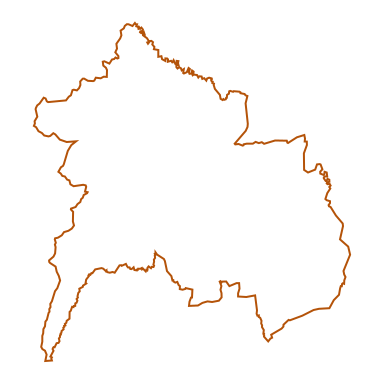 Ron Phibun, Nakhon Si Thammarat, Thailand
{"feature_id": "78962969B70310108322662", "entity_name": "Ron Phibun", "entity_type": "district", "adm_level": 2, "iso_a3": "THA", "parent_name": "Thailand", "parent_adm1": "Nakhon Si Thammarat", "projection": "natural_earth1", "projection_center": [99.867, 8.196], "detail": "fine", "context": "isolated", "style": "outline", "palette": "amber", "viewbox_px": 384, "rotation_deg": 0, "n_neighbors": 0, "source": "geoboundaries", "source_scale": "gbopen_adm2", "svg_char_len": 5816}
<svg xmlns="http://www.w3.org/2000/svg" viewBox="0 0 384 384"><path d="M344.1,283.8L344.3,280.3L345.5,277.0L344.2,274.5L343.5,271.0L350.1,254.7L348.2,246.6L340.0,239.4L343.0,226.1L342.7,223.5L335.9,215.5L330.6,207.0L329.0,206.3L328.6,205.1L330.0,203.1L330.0,201.2L326.7,200.2L325.4,199.0L327.3,193.1L330.3,188.5L329.3,187.0L330.6,185.6L329.7,184.0L327.6,184.2L326.7,183.4L327.1,182.4L329.4,181.8L329.3,179.7L327.5,178.9L326.6,180.9L325.7,181.0L323.8,178.3L323.8,177.4L324.9,176.4L327.2,176.5L326.7,172.5L324.6,171.8L324.3,174.1L323.5,174.9L320.3,173.6L320.2,171.7L322.4,169.3L320.6,164.5L319.7,164.1L317.0,164.4L315.2,169.6L308.0,172.5L304.1,169.9L303.9,153.3L306.9,145.0L306.8,141.6L304.7,141.5L305.0,138.5L304.3,135.0L296.9,137.3L288.0,143.0L287.3,142.6L286.8,140.7L275.1,140.5L264.1,143.8L261.8,142.2L258.8,143.1L255.6,141.9L252.8,143.7L246.6,143.7L243.7,144.3L243.5,145.3L242.6,145.6L238.6,144.0L235.3,144.4L234.7,143.7L245.7,130.9L247.5,127.0L247.8,123.8L245.6,103.3L247.4,96.0L245.5,95.3L244.6,94.0L240.5,93.2L240.5,92.4L239.5,91.7L233.7,91.2L233.1,91.8L230.2,90.9L229.2,91.3L228.9,93.7L227.1,94.8L226.8,97.8L226.1,97.9L225.8,99.3L224.2,99.8L223.4,99.1L222.6,100.0L220.6,98.8L219.9,94.9L214.9,88.9L213.7,85.0L214.0,83.7L212.4,83.1L212.7,81.7L211.7,81.4L211.1,80.0L211.9,79.1L211.7,78.4L209.1,77.7L207.1,78.5L206.3,80.6L204.2,78.2L202.3,78.9L201.6,76.5L199.3,76.3L198.3,77.5L197.0,75.0L193.7,74.6L192.7,75.3L192.2,74.1L193.4,73.4L193.6,71.6L192.1,70.5L191.4,73.6L189.5,73.8L188.9,72.2L189.9,69.0L188.6,68.0L186.8,72.2L183.9,73.5L183.2,73.0L183.8,69.1L181.7,70.4L180.9,68.2L179.1,67.3L177.5,68.5L176.4,67.2L176.3,64.5L178.6,65.4L178.0,63.1L178.4,61.1L176.7,60.9L176.8,63.0L175.3,63.8L173.6,60.2L172.2,63.1L172.2,61.8L171.1,60.8L168.0,61.7L168.0,59.4L167.2,58.5L165.4,58.4L165.4,61.0L162.1,59.2L161.4,56.2L158.3,56.8L158.3,50.0L153.9,49.2L154.4,46.9L152.3,44.5L153.0,42.2L151.4,40.9L150.1,41.0L148.0,43.7L147.3,42.5L148.2,42.3L148.6,40.8L147.0,38.2L143.0,35.3L142.9,34.1L144.6,34.4L143.7,31.7L141.2,33.1L140.0,32.2L140.3,31.4L142.5,30.9L142.9,29.5L141.4,27.6L140.3,28.7L139.4,27.5L139.3,28.7L138.5,28.9L138.1,26.9L136.3,26.3L137.0,24.3L135.8,24.3L134.9,23.0L132.5,26.0L128.6,24.3L126.9,24.2L124.8,25.9L123.8,28.4L120.6,30.6L121.4,35.3L120.2,38.4L116.4,43.8L117.0,48.6L115.3,52.3L118.4,56.1L118.4,58.1L117.3,58.5L115.5,57.5L114.2,59.0L112.0,59.5L109.4,63.6L104.3,61.3L102.8,61.7L103.3,65.6L105.9,67.7L107.0,70.1L106.8,76.9L103.7,76.7L100.7,78.3L95.8,77.7L94.3,80.6L93.1,81.1L87.9,80.8L84.1,78.6L82.7,78.7L80.2,81.5L80.4,85.0L79.1,88.1L76.9,90.4L73.8,89.7L72.5,90.1L70.9,95.3L68.8,96.7L66.0,100.4L48.1,102.1L46.8,101.3L45.6,98.5L43.7,97.7L39.6,103.5L37.2,105.4L35.9,108.0L35.6,109.2L37.3,116.7L34.6,121.2L34.9,123.5L33.9,125.9L36.1,127.2L38.5,131.2L41.9,133.0L44.2,135.5L48.5,136.4L50.3,135.9L53.3,133.2L55.3,134.4L59.8,139.6L66.7,142.0L76.1,141.3L71.3,145.1L67.8,150.9L63.8,164.3L63.0,165.9L60.9,167.3L58.4,171.8L60.8,173.6L62.3,175.9L64.9,176.5L67.1,179.6L69.4,180.4L70.4,184.3L73.6,186.2L83.2,184.8L85.7,185.4L86.2,186.8L85.0,191.6L87.6,192.2L87.1,193.2L83.7,195.0L82.8,197.7L81.1,199.2L80.3,202.0L77.5,204.1L75.6,207.0L71.0,208.6L70.9,209.5L73.1,211.8L72.9,221.5L74.0,225.5L71.8,228.6L68.4,230.8L64.0,232.1L61.8,235.3L57.9,237.7L55.1,238.3L54.8,239.4L55.8,242.8L54.9,244.6L55.6,247.1L55.1,253.4L53.5,256.6L49.1,260.4L49.2,261.9L50.1,263.0L55.6,266.6L56.7,271.7L58.8,275.9L60.1,280.5L57.3,288.2L55.0,291.2L51.9,301.3L50.3,303.9L50.5,307.1L49.3,309.1L49.5,311.7L48.6,312.9L46.9,319.7L45.4,321.6L45.0,326.3L43.4,329.1L43.2,333.3L42.3,335.9L42.3,341.7L41.2,346.9L42.4,349.1L45.0,350.7L46.6,354.6L45.3,361.0L51.9,360.5L51.3,358.6L51.9,357.4L50.4,356.6L53.5,350.8L52.6,349.1L52.9,348.1L53.6,347.1L54.6,347.3L56.6,343.2L58.5,342.9L59.5,341.2L58.9,338.4L59.9,337.3L60.0,335.2L60.9,334.6L60.6,333.5L61.4,332.8L61.6,331.0L63.6,329.3L63.3,327.7L64.3,326.8L64.1,325.9L65.4,325.4L64.9,323.9L66.3,322.8L66.7,320.8L69.5,318.7L69.6,311.9L70.8,310.7L72.1,306.8L73.5,307.1L73.8,306.0L75.2,305.9L75.3,303.4L76.6,302.7L77.4,300.6L76.6,299.0L77.9,297.5L77.5,296.3L78.3,292.9L79.7,291.3L79.3,288.7L82.8,286.9L83.0,285.6L86.3,283.5L85.6,282.8L86.2,279.5L88.8,276.2L88.4,275.5L89.2,274.3L90.4,274.8L91.4,273.1L92.4,273.2L95.2,269.4L101.6,268.1L103.3,268.7L105.6,270.9L106.3,270.4L106.2,271.3L106.8,271.2L107.2,272.1L109.8,272.7L112.6,272.0L114.7,272.7L119.5,265.4L121.2,265.2L121.7,265.8L125.9,263.9L127.1,266.3L128.1,267.5L129.6,267.4L130.3,269.0L131.6,269.1L133.6,267.3L134.4,270.0L136.8,270.4L136.9,269.7L137.8,269.8L138.1,268.7L140.3,268.8L141.8,268.0L142.1,269.3L143.0,268.6L145.7,271.4L146.0,270.5L146.9,270.6L146.7,269.7L147.5,269.7L147.5,267.8L148.6,266.4L151.0,268.2L151.8,266.8L153.5,267.0L154.1,265.6L153.4,264.6L154.1,261.6L153.9,259.6L155.1,257.9L154.8,255.5L155.3,255.1L154.8,253.8L155.5,253.6L155.5,252.3L157.1,254.6L163.9,259.0L164.9,261.1L167.0,271.1L171.4,276.1L172.4,280.4L173.3,280.2L173.5,281.5L175.3,282.6L177.3,281.9L178.6,285.0L179.9,286.1L179.8,289.1L182.6,289.7L185.4,288.9L185.7,288.1L192.4,289.6L192.0,297.5L191.0,297.6L189.5,301.7L189.0,305.9L198.0,305.5L202.4,302.9L207.5,301.4L212.1,302.0L218.9,300.7L221.6,297.4L221.5,293.1L220.5,289.8L221.4,286.0L219.7,281.6L220.4,281.2L221.4,282.6L222.1,281.6L226.2,281.5L229.4,286.1L236.6,283.1L239.1,283.1L239.5,288.7L238.1,293.3L238.1,296.5L246.3,297.0L255.1,295.4L257.0,310.4L256.6,313.7L257.4,315.7L258.8,315.4L258.8,317.0L260.2,317.8L261.5,320.8L261.2,323.5L262.1,325.3L262.0,327.1L263.8,330.0L263.4,333.3L264.0,333.6L263.6,334.6L264.2,335.2L264.0,336.6L268.2,341.4L270.4,338.6L272.1,337.7L271.2,334.7L281.6,328.6L283.4,326.6L283.5,324.7L288.6,319.9L289.9,320.3L302.3,315.7L313.6,310.0L319.0,308.8L329.4,308.2L333.8,300.1L339.0,294.8L340.1,288.4L340.8,286.1L341.8,286.2L342.1,283.9L342.8,283.3L344.1,283.8Z" fill="none" stroke="#b45309" stroke-width="2"/></svg>